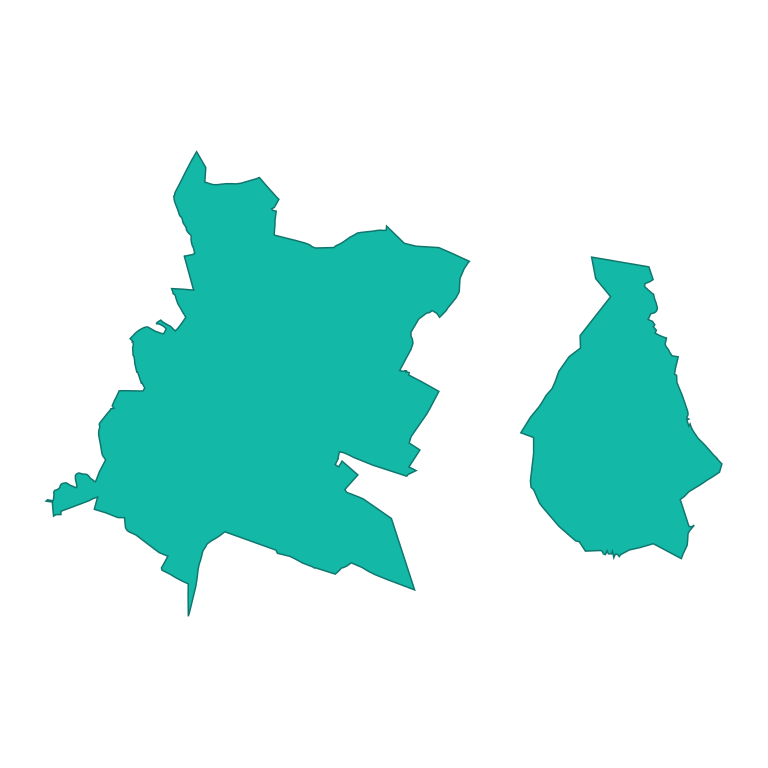 the district of Tlalnepantla de Baz, México, Mexico
{"feature_id": "50627088B83704156466481", "entity_name": "Tlalnepantla de Baz", "entity_type": "district", "adm_level": 2, "iso_a3": "MEX", "parent_name": "Mexico", "parent_adm1": "México", "projection": "natural_earth1", "projection_center": [-99.176, 19.546], "detail": "fine", "context": "isolated", "style": "filled", "palette": "teal", "viewbox_px": 768, "rotation_deg": 0, "n_neighbors": 0, "source": "geoboundaries", "source_scale": "gbopen_adm2", "svg_char_len": 6065}
<svg xmlns="http://www.w3.org/2000/svg" viewBox="0 0 768 768"><path d="M414.6,589.9L391.4,518.5L363.5,499.1L360.0,497.5L353.1,494.8L346.7,492.4L344.9,489.6L346.6,487.5L357.9,474.9L342.0,461.1L338.8,466.9L335.2,464.7L338.3,458.5L338.0,458.2L339.4,451.9L341.7,452.2L343.6,452.7L347.1,454.1L353.9,457.5L372.7,465.1L406.7,476.2L408.0,474.5L416.1,470.6L408.9,467.0L419.9,450.0L409.2,443.0L411.1,436.6L426.8,413.9L429.9,408.5L438.9,391.4L421.9,381.9L408.7,375.0L409.2,372.6L405.8,371.9L405.9,371.4L406.5,371.0L406.5,370.8L404.6,370.7L404.3,371.0L403.0,371.3L399.7,370.5L406.2,358.2L410.9,349.6L413.0,343.2L412.3,338.9L411.1,336.4L410.9,332.3L418.7,319.1L426.3,313.3L429.9,312.4L432.0,310.5L436.8,313.3L439.6,317.3L446.5,310.3L447.3,308.6L456.0,297.9L459.2,291.9L460.0,278.5L464.2,268.6L468.5,262.2L469.4,261.4L452.6,253.6L438.8,247.6L416.0,246.2L404.3,243.3L386.6,226.1L386.2,230.2L384.0,230.4L379.5,230.2L376.1,230.6L373.0,231.2L371.2,231.3L360.5,232.5L357.2,233.1L356.8,233.5L351.1,236.7L350.4,236.9L344.5,241.1L340.1,243.9L337.5,245.0L335.2,246.3L334.2,247.2L334.9,247.5L316.0,248.0L315.0,247.9L312.1,246.7L310.2,245.2L307.7,244.0L304.2,242.8L295.4,240.4L285.3,237.9L274.6,235.2L274.2,234.3L275.0,224.1L275.0,220.4L276.2,211.2L273.0,210.5L271.7,208.9L274.4,207.3L278.9,199.3L276.8,197.3L265.7,184.9L259.4,177.5L256.1,178.8L241.0,183.2L236.1,183.9L232.1,183.7L226.0,183.7L217.0,184.7L212.9,184.6L208.5,183.3L204.8,182.0L205.8,167.6L196.6,151.7L191.4,160.7L184.9,173.2L180.2,182.7L175.7,191.2L174.9,192.9L174.6,195.3L173.8,196.1L174.2,199.7L174.5,201.0L175.2,203.2L177.8,209.9L179.4,214.9L179.8,215.8L181.0,216.9L182.1,218.5L182.8,221.9L183.5,223.5L185.6,226.6L186.3,228.5L186.4,229.9L188.1,232.6L190.6,235.0L191.3,236.0L191.1,237.5L191.2,238.5L191.0,239.5L191.7,243.7L192.0,244.1L192.1,245.2L193.4,247.8L194.7,253.4L192.7,254.5L187.7,255.5L187.4,255.7L184.7,256.0L184.3,256.2L193.6,290.1L182.8,289.2L171.6,288.6L173.1,292.7L173.0,293.5L174.8,294.8L175.3,295.8L176.4,299.6L177.7,303.4L178.1,304.2L180.1,307.5L182.6,312.0L185.8,317.3L180.6,324.8L178.4,327.6L177.4,328.9L176.4,329.7L175.2,331.0L170.3,326.1L168.6,325.4L163.3,322.3L162.1,321.4L160.8,320.1L157.9,321.9L156.9,322.7L156.5,323.3L156.6,323.8L157.4,323.7L159.4,324.2L161.2,324.9L163.4,326.3L164.9,327.4L166.2,328.9L163.7,333.7L162.6,333.7L160.5,333.1L157.0,331.8L155.9,331.6L148.2,327.2L147.0,326.9L144.5,327.4L141.9,328.6L138.9,330.3L136.3,332.3L134.7,333.8L133.5,335.2L130.1,338.6L130.8,339.5L132.2,340.4L132.3,340.8L132.2,341.9L132.9,341.6L133.1,341.6L133.3,346.3L132.6,347.1L133.1,355.3L134.1,356.8L134.8,362.5L134.7,363.1L136.8,372.1L137.5,371.9L137.8,372.5L141.3,383.1L141.9,382.7L144.7,387.9L143.9,389.5L142.9,390.9L140.4,391.0L125.8,390.7L119.2,390.8L116.7,396.2L114.6,400.2L112.2,405.8L112.8,406.8L114.1,408.2L112.4,408.7L110.9,408.7L110.8,409.3L107.3,413.5L100.6,421.9L99.4,423.6L99.3,425.1L99.8,426.7L99.8,427.2L99.1,429.3L98.8,430.9L98.6,433.4L98.8,435.7L99.5,439.6L100.5,444.8L101.7,452.1L102.2,454.5L103.0,456.1L105.7,460.0L104.7,461.6L99.3,471.9L97.7,476.3L95.5,481.7L94.8,481.5L94.1,481.1L92.7,479.9L90.9,478.7L90.5,478.3L88.4,475.7L87.5,474.9L86.9,474.5L85.5,474.2L82.4,474.0L79.2,473.0L78.1,473.2L76.9,473.8L75.7,474.9L75.4,476.1L75.3,476.9L75.6,480.4L76.4,483.1L76.8,485.6L76.7,487.6L75.8,487.5L71.2,485.7L70.2,485.3L68.6,484.3L68.0,483.8L66.7,483.1L66.0,482.9L65.2,482.9L64.4,483.1L62.7,483.4L62.2,483.6L61.4,484.1L60.5,485.0L59.8,487.2L59.5,487.9L57.9,489.2L56.9,489.8L55.3,490.2L54.6,490.5L54.1,491.3L53.8,492.1L54.0,494.6L53.8,496.8L53.2,500.8L47.5,499.8L46.1,501.1L52.3,502.1L53.2,512.7L53.6,516.1L55.8,514.7L61.0,514.5L60.9,511.3L89.1,500.7L93.0,498.6L97.6,497.1L94.3,509.3L105.8,512.8L113.1,515.7L118.0,517.6L124.5,517.7L125.4,526.9L125.9,528.5L127.3,530.6L129.2,531.9L135.8,534.9L158.7,552.3L160.1,553.0L167.9,556.2L163.3,564.7L161.4,567.9L162.0,570.2L167.7,573.0L170.9,574.7L174.9,577.2L181.8,580.9L188.3,583.9L188.1,592.8L188.3,616.3L189.7,611.5L195.7,586.8L196.9,579.7L198.1,569.3L199.4,563.4L200.5,560.4L201.7,555.7L202.2,553.5L203.0,550.7L205.7,546.7L206.6,544.7L207.8,543.4L211.1,541.0L215.1,538.7L219.9,535.6L222.7,533.4L224.9,531.8L275.9,550.1L277.5,553.3L289.8,556.3L295.5,559.1L302.6,563.0L312.7,566.9L314.3,568.0L315.8,567.9L335.2,574.1L339.1,570.7L341.3,568.1L343.9,567.4L347.2,565.8L351.2,562.8L361.7,567.3L368.6,571.4L375.0,574.6L387.6,579.7L414.6,589.9ZM681.3,558.6L683.2,553.7L687.1,545.4L687.6,541.0L688.0,533.9L688.6,532.5L689.4,531.0L693.1,526.6L694.2,525.1L692.1,526.6L690.1,526.7L688.9,526.2L681.2,502.4L680.1,499.6L682.2,498.1L684.5,496.3L688.2,492.4L689.5,491.3L699.4,485.3L703.3,482.8L706.8,480.3L712.1,477.1L719.5,472.2L721.9,463.9L720.9,462.9L717.1,458.9L717.3,458.7L712.5,453.8L709.7,450.5L704.7,444.9L698.0,438.2L694.8,433.5L692.4,429.7L691.2,427.2L690.1,423.9L688.9,426.1L686.8,420.0L688.8,419.1L686.6,418.0L687.6,415.9L688.1,414.2L687.6,411.0L682.2,395.3L678.5,386.4L676.9,382.2L676.7,377.9L676.7,375.8L676.4,375.2L674.5,374.2L675.4,368.6L678.2,356.8L672.0,355.8L669.6,352.0L668.6,349.9L665.6,345.8L665.2,343.6L666.5,338.0L663.5,337.1L658.6,335.0L655.1,333.1L656.4,330.2L653.3,326.8L654.8,324.8L652.4,321.3L651.2,320.8L648.1,319.5L650.7,313.9L654.8,312.6L656.1,311.5L657.1,309.6L657.3,308.7L657.3,307.6L656.1,302.9L655.0,300.0L654.1,296.9L653.5,294.1L652.8,293.8L651.7,293.0L649.0,290.6L648.4,290.2L648.0,289.7L646.3,288.1L645.1,287.3L644.7,285.8L644.9,284.1L645.1,283.6L649.6,281.8L653.1,279.6L648.9,266.9L591.6,257.1L595.7,278.6L610.6,296.7L580.1,335.6L580.5,348.0L569.1,356.7L558.9,371.2L555.1,381.8L552.1,388.6L546.2,395.3L541.6,403.0L539.2,406.6L530.5,417.2L520.8,432.8L533.6,437.5L533.6,453.5L530.4,481.0L531.1,487.4L533.6,489.6L539.5,503.1L542.0,506.5L559.0,526.4L575.5,540.8L579.3,541.7L585.4,551.1L600.6,550.5L602.1,551.2L603.4,553.9L605.3,554.6L606.1,553.3L607.1,550.8L607.9,552.5L608.4,553.8L611.6,553.9L612.4,551.2L612.9,552.8L613.8,557.6L614.8,555.2L616.0,554.0L616.6,554.1L617.2,554.6L618.1,554.9L618.5,555.4L619.2,556.6L620.9,554.5L629.2,550.0L640.6,547.4L653.3,543.7L681.3,558.6Z" fill="#14b8a6" stroke="#0f766e" stroke-width="1.5"/></svg>